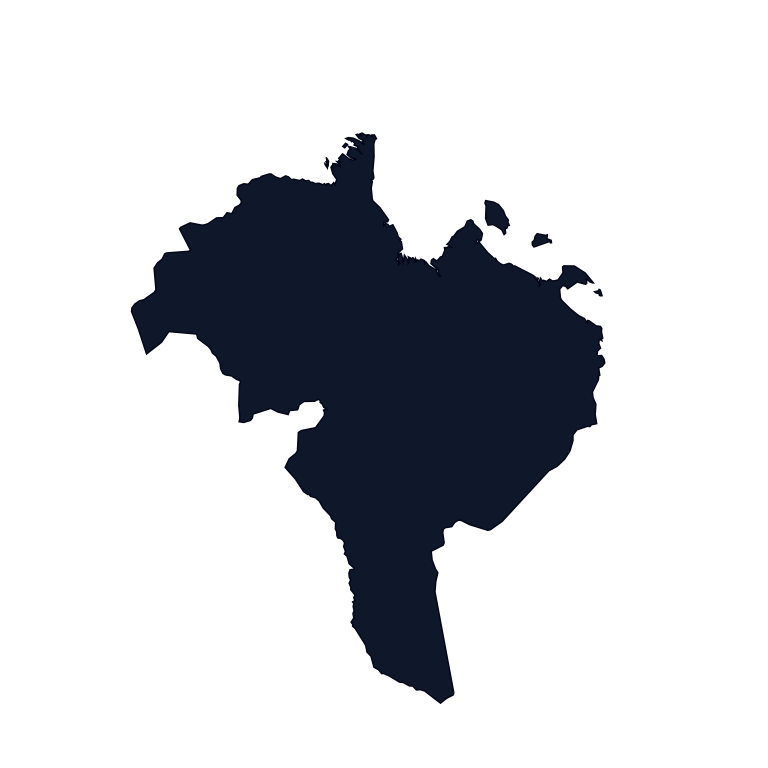 the district of Quissanga, Cabo Delgado, Mozambique, rotated 311°
{"feature_id": "85939544B35031207172791", "entity_name": "Quissanga", "entity_type": "district", "adm_level": 2, "iso_a3": "MOZ", "parent_name": "Mozambique", "parent_adm1": "Cabo Delgado", "projection": "equal_earth", "projection_center": [40.396, -12.576], "detail": "fine", "context": "isolated", "style": "filled", "palette": "ink", "viewbox_px": 768, "rotation_deg": 311, "n_neighbors": 0, "source": "geoboundaries", "source_scale": "gbopen_adm2", "svg_char_len": 6177}
<svg xmlns="http://www.w3.org/2000/svg" viewBox="0 0 768 768"><g transform="rotate(311 384 384)"><path d="M180.2,636.0L187.8,637.4L194.8,640.2L196.7,639.3L260.6,558.8L268.7,552.8L276.9,548.4L278.2,544.1L282.7,535.8L288.8,529.3L301.2,534.4L303.7,533.5L310.1,526.1L313.3,524.0L315.9,524.6L320.7,528.7L326.0,528.2L329.9,529.4L331.6,531.4L334.0,540.8L341.7,558.3L343.9,559.9L357.8,563.3L426.6,565.3L435.5,568.6L445.6,569.6L455.4,568.3L465.2,563.8L469.6,560.0L476.1,559.7L485.6,565.3L486.9,567.3L489.4,567.3L493.6,570.5L499.4,563.5L507.7,557.2L510.9,550.6L514.7,546.5L527.2,543.2L529.5,542.0L529.8,540.7L532.2,541.1L536.9,535.5L540.6,537.1L544.7,536.8L547.1,533.7L548.3,529.6L545.7,527.0L545.8,525.5L549.2,523.5L553.1,523.9L555.3,519.7L558.1,517.6L559.2,517.7L559.7,519.9L560.6,518.5L562.1,519.0L565.9,514.0L568.9,511.8L569.4,509.5L567.1,506.1L566.2,497.1L565.5,496.0L563.5,497.1L564.9,492.3L563.3,486.1L562.9,475.5L563.7,463.2L564.8,460.6L570.7,454.4L575.5,454.2L576.9,457.0L576.4,460.2L587.7,462.9L591.5,470.7L593.1,470.9L596.1,467.8L596.2,472.9L597.2,473.4L596.9,474.7L597.7,475.7L599.8,463.1L597.9,450.2L591.1,442.2L589.5,442.0L585.3,446.2L576.6,447.1L572.4,443.8L571.7,440.1L568.2,439.5L566.9,436.4L565.6,435.6L566.6,432.8L562.9,433.9L562.0,436.9L560.2,436.7L561.7,435.8L562.6,432.1L565.1,431.2L564.3,429.8L562.8,430.1L563.2,428.1L563.9,428.1L563.7,424.7L558.9,405.2L557.1,403.8L558.1,403.0L557.9,401.0L557.0,399.1L552.2,396.2L551.2,393.2L550.9,389.1L552.0,385.7L550.9,384.6L551.2,375.9L553.5,362.0L550.6,362.7L552.5,360.0L554.3,359.7L554.9,362.6L556.5,362.8L562.2,359.5L563.5,354.7L563.8,346.3L565.2,344.2L564.9,341.8L561.6,340.0L555.7,341.9L547.5,339.2L541.3,339.7L539.6,338.9L535.1,340.1L530.7,340.0L532.0,342.8L531.4,344.5L530.6,342.6L528.5,342.2L526.6,340.1L525.0,342.1L518.7,344.3L516.9,343.3L512.3,343.3L511.4,342.4L511.0,339.0L508.6,338.6L505.7,340.5L505.6,350.8L502.9,353.4L502.7,355.8L501.8,355.9L501.7,353.2L504.3,348.9L502.7,340.2L503.7,335.3L501.5,335.7L503.6,333.3L502.5,330.0L500.0,329.7L499.8,328.1L498.4,328.0L499.2,325.9L496.1,328.4L498.5,323.9L498.0,322.8L495.9,323.1L496.6,322.1L495.9,319.1L493.5,322.3L491.1,322.9L493.1,320.9L494.6,314.9L487.8,319.2L488.3,316.8L490.5,316.4L493.8,311.1L492.3,310.3L488.2,312.4L486.6,313.6L485.6,316.9L483.5,316.7L485.5,315.4L485.8,311.0L489.0,311.1L492.0,308.7L498.1,309.3L502.7,303.8L502.7,302.1L504.3,301.7L504.4,298.0L506.6,294.9L509.9,286.2L506.2,284.4L507.0,282.4L506.1,279.8L502.0,280.4L505.7,277.9L508.9,280.3L510.9,279.7L514.4,265.3L514.9,255.6L516.0,253.7L523.4,245.9L529.3,242.2L529.7,240.2L531.5,241.4L533.0,241.0L537.6,235.7L549.1,227.3L558.6,218.7L562.8,216.8L564.2,217.4L565.7,213.4L563.8,211.3L562.8,213.3L562.2,209.2L560.7,207.6L558.8,210.0L559.7,206.7L559.0,202.8L557.0,201.8L556.5,204.8L555.3,200.3L553.9,199.5L553.1,204.1L554.6,210.0L552.3,208.6L551.6,212.4L551.1,205.3L549.3,199.4L546.5,195.4L544.3,194.2L544.9,197.2L546.3,198.9L545.6,200.4L547.1,201.2L546.6,202.3L547.4,203.4L544.7,204.7L546.2,208.8L544.7,209.0L543.0,217.4L543.2,207.7L540.0,201.2L539.2,204.5L536.8,204.1L533.0,205.6L532.9,210.7L535.7,215.8L532.4,213.4L531.0,210.5L530.5,201.8L524.6,201.8L524.3,203.8L522.8,203.4L522.7,205.5L521.0,202.7L520.6,207.4L519.3,208.5L520.0,205.4L518.8,205.5L519.1,204.1L516.9,200.8L514.4,202.2L513.2,204.3L513.8,201.6L512.8,201.8L509.1,207.5L507.5,214.1L502.3,216.2L503.0,214.0L498.9,213.8L498.9,210.6L497.4,209.5L496.0,210.2L496.1,207.6L494.2,207.0L493.0,203.4L490.0,200.5L489.3,197.7L487.9,196.1L488.3,193.7L485.8,191.4L485.2,188.0L482.2,186.9L479.4,181.7L477.5,180.0L477.6,175.9L476.5,173.2L471.0,171.1L469.1,166.4L468.3,160.8L467.0,159.4L460.1,155.2L458.4,155.3L451.9,150.6L445.7,150.5L443.1,146.8L438.7,144.5L435.5,145.0L430.2,149.3L429.0,155.5L427.1,157.5L423.9,157.5L419.4,155.7L412.7,157.4L410.3,153.2L404.2,153.6L399.4,148.6L389.6,146.1L386.3,144.1L384.3,142.2L378.4,132.0L369.0,127.8L367.0,127.8L358.0,150.3L356.1,149.6L340.3,134.0L338.4,133.1L332.5,134.7L327.0,133.6L320.6,134.5L305.7,149.9L302.5,150.5L290.1,147.5L286.2,144.8L281.0,143.5L276.0,143.9L273.1,145.9L264.3,162.7L250.9,185.1L269.6,188.7L282.4,187.2L298.8,209.8L296.2,213.5L297.1,226.4L296.6,230.4L294.8,234.2L294.9,239.2L292.1,246.5L288.4,250.7L286.3,255.4L286.9,258.4L290.1,263.6L290.8,270.0L292.1,272.9L291.0,274.7L289.0,275.1L272.5,288.5L263.8,297.6L260.5,299.4L262.9,303.3L268.9,307.1L271.9,307.0L275.4,304.9L291.3,314.5L293.3,322.4L298.1,331.7L302.0,330.2L307.9,335.7L312.6,333.7L318.3,335.0L325.4,342.9L329.4,344.5L329.7,346.9L328.2,347.9L328.4,350.6L326.9,353.8L327.3,357.2L324.6,355.5L323.4,357.9L320.5,359.8L306.1,361.0L294.5,352.1L291.2,351.2L276.8,362.5L273.5,363.0L265.5,361.5L256.2,364.1L254.2,379.3L250.0,394.1L250.6,399.0L251.5,399.8L251.1,402.3L253.2,406.9L253.2,411.9L250.5,419.5L249.5,430.1L248.0,432.9L247.9,438.2L242.7,442.4L241.6,445.1L238.4,448.2L237.6,450.4L238.9,452.1L239.3,455.0L238.3,458.5L234.9,460.1L232.5,464.6L229.8,465.6L229.8,469.0L225.5,475.7L225.4,482.7L224.2,482.7L221.7,480.3L218.4,481.5L215.4,484.5L214.1,487.5L210.8,488.4L208.7,492.6L207.0,493.8L205.7,500.7L202.9,501.3L201.5,504.1L198.9,503.3L198.6,505.2L196.0,506.6L193.1,510.3L190.5,511.1L187.6,514.7L182.7,515.5L181.9,518.5L180.6,519.2L180.6,522.7L174.8,541.6L170.5,547.1L170.0,552.8L163.7,562.2L164.8,567.4L163.9,572.2L165.4,573.9L167.0,579.1L169.2,591.3L171.3,594.2L172.8,601.2L174.9,603.8L174.4,609.2L177.2,612.0L179.0,616.0L180.2,636.0ZM589.3,370.3L590.4,365.5L593.1,360.4L594.5,352.8L593.3,347.7L589.1,340.4L586.7,341.6L585.4,344.2L575.6,352.1L572.2,358.4L575.9,361.7L576.9,366.1L577.7,371.6L575.6,376.6L577.8,376.7L580.4,373.8L582.4,374.5L584.5,373.4L585.9,374.5L587.4,371.3L589.3,370.3ZM597.9,401.0L594.8,401.1L591.0,403.1L588.3,402.8L586.3,404.7L585.8,407.3L600.4,415.6L599.7,417.0L600.5,417.7L602.1,415.9L600.5,411.7L604.3,409.0L602.7,409.3L597.9,401.0ZM594.9,484.7L591.8,482.4L591.8,484.2L593.5,487.3L592.4,488.0L592.4,489.3L593.7,490.6L596.8,485.7L596.5,484.3L594.9,484.7ZM540.4,197.1L536.3,197.0L536.5,199.4L540.8,199.3L540.4,197.1ZM515.8,195.9L517.1,191.7L515.0,194.7L513.6,194.4L512.7,198.2L515.8,195.9ZM509.9,199.5L511.7,198.2L511.5,194.9L511.0,195.6L509.9,199.5Z" fill="#0f172a" stroke="#020617" stroke-width="1.5"/></g></svg>